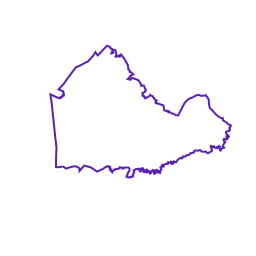 Ayutla de los Libres, Guerrero, Mexico (orthographic projection), rotated 137°
{"feature_id": "50627088B87569802470546", "entity_name": "Ayutla de los Libres", "entity_type": "district", "adm_level": 2, "iso_a3": "MEX", "parent_name": "Mexico", "parent_adm1": "Guerrero", "projection": "orthographic", "projection_center": [-99.08, 16.972], "detail": "fine", "context": "isolated", "style": "outline", "palette": "violet", "viewbox_px": 256, "rotation_deg": 137, "n_neighbors": 0, "source": "geoboundaries", "source_scale": "gbopen_adm2", "svg_char_len": 5637}
<svg xmlns="http://www.w3.org/2000/svg" viewBox="0 0 256 256"><g transform="rotate(137 128 128)"><path d="M51.0,59.7L51.8,60.9L52.1,64.4L53.1,67.9L53.1,69.3L52.0,70.4L53.1,72.0L54.0,74.2L54.5,78.5L54.3,83.1L54.5,86.9L52.4,90.4L49.5,93.8L48.7,98.8L49.1,98.8L52.7,101.8L53.8,104.2L57.1,105.8L59.2,106.1L62.9,107.5L65.2,108.0L69.6,107.7L82.7,103.0L84.3,104.8L84.9,107.2L86.3,109.3L87.0,113.0L87.7,112.5L87.7,112.8L88.3,114.3L89.5,116.2L88.4,117.7L86.7,120.5L90.0,126.4L90.5,126.6L90.7,127.4L90.6,127.6L89.9,127.5L89.6,127.7L89.6,127.9L89.9,128.3L89.7,128.5L89.2,128.7L88.5,128.5L88.1,128.8L88.2,129.2L88.5,129.4L89.1,130.9L88.8,131.8L88.4,132.6L88.7,133.6L88.3,134.2L89.1,136.3L89.1,137.0L89.7,136.8L91.2,136.9L96.0,138.1L95.5,138.2L95.2,138.9L94.4,139.3L94.4,140.0L94.8,140.1L95.4,141.7L94.8,142.2L94.2,142.3L94.1,143.2L93.6,143.4L93.5,143.7L92.8,143.6L92.0,143.0L91.4,142.8L91.0,142.9L90.2,143.5L89.9,143.2L89.4,143.2L89.1,143.4L88.6,144.7L88.6,145.3L87.5,148.1L88.0,148.9L88.9,149.7L89.5,149.8L88.5,151.7L87.8,155.9L88.1,156.1L89.1,158.9L89.6,159.3L89.9,160.3L91.1,161.9L91.8,162.0L92.9,161.6L93.6,161.8L94.8,164.0L91.4,164.1L91.0,164.5L87.5,163.6L87.9,167.0L88.6,167.7L88.5,167.9L87.5,169.0L87.4,169.4L87.7,170.9L87.1,171.4L85.1,174.3L83.5,181.2L82.9,186.6L84.2,186.8L84.3,186.2L84.8,185.8L85.1,186.1L85.8,186.2L85.9,186.5L85.9,187.2L86.5,187.2L86.7,187.6L87.1,188.0L88.5,188.4L88.5,188.7L86.0,189.9L85.2,191.7L84.2,193.2L84.6,194.3L84.9,194.6L85.4,194.7L86.0,194.7L86.6,194.4L87.5,193.0L89.2,193.9L87.0,194.9L86.5,195.4L85.6,196.5L85.7,196.8L86.4,197.8L86.3,199.3L85.9,199.4L87.2,202.5L100.6,201.7L100.5,203.2L100.1,205.7L104.8,204.5L112.1,204.0L114.1,204.7L122.3,206.9L124.5,208.0L139.1,205.4L144.9,204.1L152.5,203.6L150.5,199.3L150.6,198.7L151.4,197.7L151.2,197.4L151.3,197.2L151.8,196.7L152.0,196.7L152.2,196.4L153.2,196.6L153.1,196.3L152.5,195.7L152.8,195.4L153.9,195.9L155.2,195.7L155.6,195.9L156.0,195.9L156.0,196.3L156.1,196.5L156.3,196.5L156.6,196.0L157.3,196.0L157.3,196.7L158.0,196.8L158.2,197.3L158.5,197.6L161.8,205.5L167.1,197.9L188.0,170.2L193.6,162.5L200.0,156.2L207.3,148.5L206.3,147.3L204.2,145.7L202.8,145.0L201.4,143.1L201.1,140.7L194.6,137.5L192.0,135.2L191.0,131.8L192.8,129.6L185.8,130.4L182.1,124.7L180.3,117.1L174.1,115.1L171.9,114.9L170.0,114.3L169.2,114.2L168.6,113.6L168.4,113.3L168.6,112.9L168.2,112.7L168.1,112.1L167.6,111.7L168.0,111.3L168.7,111.3L168.9,111.1L168.9,110.7L168.8,110.2L169.1,109.9L168.8,109.5L169.3,109.4L169.0,109.1L169.0,108.7L169.4,108.8L169.6,108.6L169.5,108.4L169.6,108.2L169.4,107.9L169.7,107.2L169.7,106.5L169.1,106.9L168.6,106.8L168.3,107.2L167.1,106.6L166.3,106.9L166.2,106.8L166.3,106.5L165.0,106.3L163.0,104.8L162.4,104.5L162.1,104.7L161.1,104.8L161.2,104.6L160.7,104.6L159.8,103.3L159.3,103.0L159.3,102.6L159.5,102.4L159.4,102.2L159.5,102.1L158.7,101.9L158.5,101.5L158.3,101.6L157.4,101.4L157.2,101.2L156.4,100.5L154.6,98.7L154.6,97.4L155.3,96.4L156.9,95.5L159.2,95.2L160.0,94.2L161.1,94.1L162.3,93.4L162.4,93.0L161.4,91.5L161.0,91.2L160.1,91.1L159.8,90.1L158.8,90.2L158.5,90.0L158.2,89.4L157.1,89.2L156.6,89.6L156.5,90.2L156.1,90.8L155.5,90.9L154.8,90.8L154.2,91.3L153.7,91.3L153.5,91.6L153.1,92.8L152.6,93.2L151.7,92.6L150.2,92.6L149.9,92.5L148.7,90.9L148.0,91.0L147.7,90.7L147.8,90.2L148.2,89.8L148.4,89.4L148.7,88.1L148.6,87.7L148.0,87.7L147.0,88.3L146.8,87.9L146.3,87.9L146.3,88.9L146.0,89.3L145.2,89.1L144.7,88.6L144.5,87.8L144.9,86.7L145.4,86.2L146.6,85.6L146.6,85.3L146.2,84.5L145.2,83.9L144.6,84.7L144.1,84.2L143.7,84.4L143.3,85.0L142.9,85.0L142.6,84.7L142.6,84.4L142.9,83.9L143.3,83.5L144.1,83.3L144.3,82.7L144.0,82.5L143.4,82.3L142.2,82.6L141.9,82.5L142.1,81.6L142.8,80.6L143.0,79.6L142.0,79.4L140.7,80.4L138.8,80.5L138.8,80.1L139.1,79.6L139.1,78.8L140.1,76.9L140.1,76.5L139.3,76.3L139.0,76.5L138.1,79.0L137.9,79.2L137.0,78.3L135.5,77.8L135.6,77.5L136.1,76.9L136.9,76.7L137.2,76.5L137.3,75.9L137.1,75.6L136.4,75.4L136.0,75.4L135.2,76.1L134.6,75.8L134.5,75.3L135.2,74.7L135.6,74.1L135.4,73.2L135.0,73.1L134.8,73.2L134.5,74.2L133.7,74.9L132.2,74.6L131.2,76.0L131.4,76.9L131.2,77.1L129.0,76.4L128.6,75.6L128.2,75.5L127.9,76.2L128.4,76.8L128.6,77.5L127.7,77.6L126.9,76.4L125.4,76.2L123.8,75.6L123.7,75.5L123.9,75.0L123.4,74.6L123.1,74.6L122.4,75.3L121.9,75.6L121.6,74.5L121.2,73.9L119.4,74.1L119.3,73.9L119.9,73.1L120.4,71.7L120.2,71.5L119.3,71.2L119.1,71.2L119.0,72.0L118.7,72.3L117.5,72.5L117.2,72.4L117.3,71.5L117.2,71.2L116.4,70.2L115.9,70.6L114.9,70.3L113.5,70.8L112.2,70.6L111.0,70.8L110.3,70.5L109.8,69.4L109.5,69.1L108.5,68.9L108.1,69.6L107.3,69.8L105.6,68.0L104.2,68.2L103.6,68.1L102.4,67.1L100.9,66.6L100.4,66.6L99.8,67.0L99.4,67.0L98.8,66.3L97.9,65.9L96.8,65.1L96.4,65.2L96.1,65.7L94.9,66.0L94.5,66.0L93.1,64.6L92.6,63.9L91.8,63.3L91.0,63.2L90.3,62.6L90.1,61.9L90.3,61.2L90.3,60.7L88.6,58.7L87.7,58.2L87.1,57.5L87.1,55.4L86.8,54.9L85.4,54.9L84.5,54.4L82.2,54.0L81.3,54.9L81.1,55.9L80.6,57.4L80.0,58.1L79.7,58.3L79.4,58.3L79.1,57.6L79.4,56.8L79.3,56.3L78.7,56.0L78.0,56.2L77.6,56.1L77.6,55.8L78.1,55.0L77.8,54.0L77.5,53.9L76.8,53.8L76.1,53.5L76.5,52.2L76.4,52.1L76.0,51.8L75.0,52.6L73.7,52.8L73.8,51.0L74.3,50.5L74.5,49.8L75.9,49.1L76.0,48.8L75.6,48.3L74.3,49.0L72.4,48.7L71.2,48.0L70.9,48.1L71.3,49.4L71.3,49.9L70.9,50.4L70.7,50.5L69.5,50.7L68.0,51.4L67.5,51.4L66.6,51.2L66.3,51.4L66.1,51.7L66.7,53.1L66.5,53.7L65.7,54.6L65.3,54.5L64.6,54.0L63.6,52.4L63.1,52.3L62.1,52.5L62.1,54.2L61.7,54.8L61.2,54.9L60.7,54.3L60.5,53.0L60.1,52.8L59.9,52.9L59.8,53.2L60.2,55.4L60.1,56.4L59.7,57.4L59.0,58.3L58.5,58.3L56.2,57.0L55.0,56.8L54.7,57.0L54.5,57.4L54.4,58.4L54.1,58.8L53.7,58.9L52.8,58.7L51.6,59.5L51.0,59.7Z" fill="none" stroke="#5b21b6" stroke-width="2"/></g></svg>